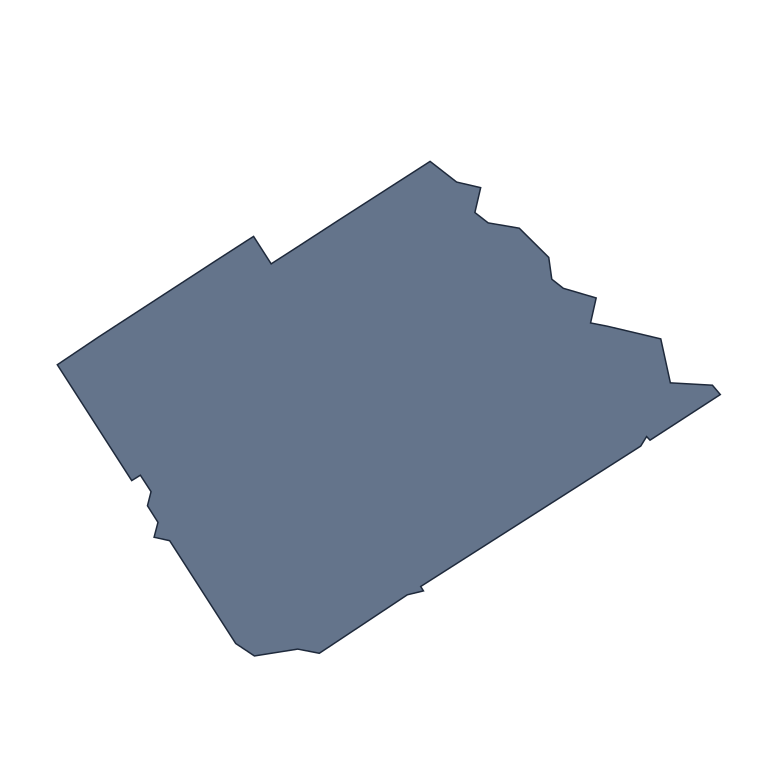 outline of Harris, Georgia, United States of America, rotated 147°
{"feature_id": "52423323B69997643015907", "entity_name": "Harris", "entity_type": "district", "adm_level": 2, "iso_a3": "USA", "parent_name": "United States of America", "parent_adm1": "Georgia", "projection": "natural_earth1", "projection_center": [-84.945, 32.728], "detail": "fine", "context": "isolated", "style": "filled", "palette": "slate", "viewbox_px": 768, "rotation_deg": 147, "n_neighbors": 0, "source": "geoboundaries", "source_scale": "gbopen_adm2", "svg_char_len": 711}
<svg xmlns="http://www.w3.org/2000/svg" viewBox="0 0 768 768"><g transform="rotate(147 384 384)"><path d="M640.8,226.5L600.8,208.7L584.9,193.4L479.2,194.5L463.6,189.0L463.5,194.2L202.5,192.1L192.4,196.9L191.5,192.0L107.7,192.0L109.2,203.9L109.2,204.1L143.2,229.0L127.3,271.1L165.3,310.9L177.5,322.7L159.2,340.6L168.8,351.8L181.5,366.6L186.2,380.5L176.9,400.4L185.7,441.0L208.9,462.4L214.4,478.3L196.0,496.0L213.1,513.8L224.1,545.6L331.8,546.1L381.5,546.1L407.6,546.2L413.2,546.2L413.0,578.8L420.9,578.9L456.8,579.0L597.1,578.9L647.5,578.1L648.2,440.4L638.0,440.2L638.0,420.6L648.7,410.7L648.9,391.1L660.3,380.7L649.1,369.3L649.7,247.1L640.8,226.5Z" fill="#64748b" stroke="#1e293b" stroke-width="1.5"/></g></svg>